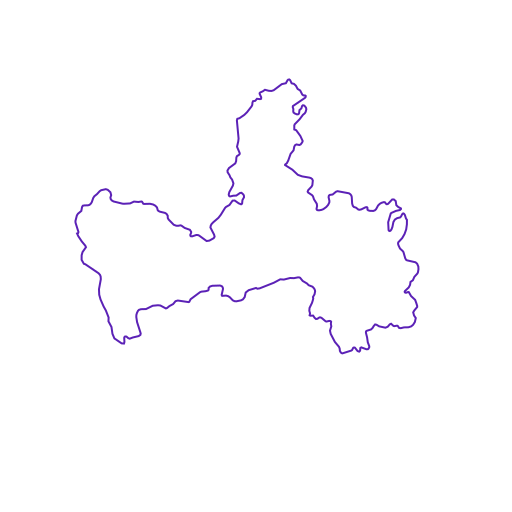 outline of Chongqing, rotated 221°
{"feature_id": "CHN-1154", "entity_name": "Chongqing", "entity_type": "Municipality", "adm_level": 1, "iso_a3": "CHN", "parent_name": "China", "parent_adm1": "", "projection": "mercator", "projection_center": [107.845, 30.195], "detail": "fine", "context": "isolated", "style": "outline", "palette": "violet", "viewbox_px": 512, "rotation_deg": 221, "n_neighbors": 0, "source": "natural_earth", "source_scale": "10m", "svg_char_len": 6158}
<svg xmlns="http://www.w3.org/2000/svg" viewBox="0 0 512 512"><g transform="rotate(221 256 256)"><path d="M261.5,210.8L263.2,210.4L264.0,209.9L269.4,204.9L270.7,202.8L270.8,200.8L269.6,199.4L269.6,198.4L271.0,196.3L273.8,193.3L274.5,192.0L277.0,180.5L276.3,177.6L276.6,177.0L285.8,171.1L287.1,169.1L287.0,165.4L288.5,161.4L289.0,158.4L289.6,157.3L295.7,155.9L297.7,154.5L301.3,150.7L304.2,143.8L307.9,140.4L309.0,138.6L309.1,137.2L308.5,134.9L307.6,133.0L306.3,131.4L302.4,128.1L293.3,122.6L292.2,121.9L291.5,120.6L292.0,118.6L295.5,113.7L297.1,110.7L298.6,110.2L300.9,110.2L302.0,109.4L302.1,108.6L301.8,107.8L298.9,104.8L298.2,103.3L300.1,101.9L308.8,100.9L313.3,103.1L318.5,107.6L324.5,109.9L326.9,112.9L333.6,116.4L337.8,117.9L344.8,121.2L348.9,123.9L352.7,127.9L357.9,136.7L359.8,138.6L361.3,139.4L363.5,139.7L379.4,137.8L380.8,137.2L385.1,138.7L388.1,142.2L389.5,145.2L390.1,151.1L391.6,151.8L397.1,152.7L403.2,154.4L405.8,155.6L405.3,156.5L405.7,157.6L414.0,162.7L415.2,163.9L417.8,169.1L418.1,171.1L417.4,175.4L419.4,178.8L419.7,180.3L418.8,181.5L416.0,184.1L415.2,185.4L415.0,187.3L415.3,189.0L416.9,193.0L417.2,195.0L416.6,198.4L416.5,202.3L416.0,204.1L413.2,207.9L411.3,208.7L407.7,208.6L405.2,206.9L404.3,204.7L403.1,203.7L401.4,203.3L399.3,203.7L391.1,207.9L389.9,208.8L385.5,213.1L383.8,217.0L380.2,219.6L378.2,222.0L377.6,222.2L375.4,221.5L374.7,221.8L370.2,225.9L367.4,227.4L365.0,227.9L362.6,227.7L360.2,226.1L359.2,226.0L357.6,226.4L353.0,228.8L351.2,229.1L349.1,228.5L347.5,226.8L345.9,226.2L338.6,225.6L336.1,226.5L334.6,227.7L333.1,229.6L332.2,230.0L328.2,230.4L323.1,232.4L320.8,231.7L320.2,231.0L319.4,228.7L318.3,228.1L317.1,228.9L314.9,232.6L313.6,233.7L312.4,234.1L303.1,234.9L301.3,237.0L299.6,241.7L299.9,243.4L301.6,244.6L309.1,247.6L310.1,249.3L310.5,251.0L310.4,253.3L309.4,260.1L309.6,264.0L310.9,272.0L310.8,273.4L309.5,277.1L310.0,282.4L308.5,283.9L303.6,284.4L301.2,285.2L300.9,285.7L301.0,286.6L302.9,289.3L303.6,292.5L304.7,293.6L305.8,294.1L308.4,294.2L309.4,293.1L310.5,288.7L312.7,286.6L314.5,284.1L315.1,283.7L316.0,283.8L317.0,284.6L318.1,286.8L319.6,293.9L320.7,296.0L324.2,298.0L326.9,298.5L329.0,299.6L332.4,300.6L333.6,301.8L334.1,304.7L332.4,312.3L333.2,314.5L335.4,317.4L335.9,318.8L335.2,321.2L335.2,322.1L335.7,322.9L342.0,326.0L344.5,330.7L346.2,333.2L359.4,345.8L360.1,347.3L358.9,349.1L357.4,354.9L357.1,358.6L357.5,366.0L358.0,367.7L359.3,369.4L359.8,370.9L358.4,372.6L358.4,375.3L355.9,377.0L355.3,378.0L356.2,379.2L359.7,380.8L360.1,381.3L360.1,382.2L358.9,384.8L358.3,387.3L354.7,389.1L352.6,390.7L351.4,392.7L349.3,402.6L346.8,406.0L347.5,409.3L347.4,410.2L346.7,411.1L345.6,411.1L342.4,409.7L340.3,410.8L337.6,410.7L334.2,409.4L331.2,409.9L327.0,408.2L325.6,408.3L324.2,409.4L323.4,409.4L322.8,408.4L322.8,407.4L326.5,393.4L326.0,392.5L324.2,391.4L322.9,389.7L321.8,388.9L320.2,389.0L317.9,389.8L317.0,390.9L317.2,392.1L318.9,394.6L318.6,397.2L319.6,399.3L319.5,400.5L318.6,401.1L317.2,401.1L315.5,400.7L314.3,399.8L313.1,397.4L312.8,395.7L313.2,393.4L312.8,387.8L313.2,380.9L312.8,379.7L310.1,376.6L308.2,377.3L301.3,375.7L296.2,373.4L295.7,372.1L295.5,369.5L296.1,368.2L298.7,366.7L299.2,365.3L298.9,363.7L297.0,360.4L296.9,355.8L294.3,349.2L293.6,346.2L294.0,344.1L293.7,343.7L285.2,345.0L277.7,344.7L273.5,346.3L267.1,350.2L265.7,350.8L264.0,350.9L262.6,350.2L260.0,346.5L259.6,344.9L259.8,339.9L259.2,338.4L258.4,338.1L253.5,338.7L252.1,338.4L249.4,336.8L244.4,335.3L242.7,333.8L241.2,331.2L240.3,330.8L239.7,330.9L238.4,331.8L236.8,333.8L235.9,335.6L235.1,339.1L235.1,341.9L235.8,344.5L236.7,345.7L239.8,348.0L240.6,349.4L240.4,350.5L238.5,352.7L237.8,357.0L237.0,358.4L227.0,364.3L225.2,364.5L223.8,364.2L222.5,363.4L217.9,358.7L215.9,357.4L214.3,357.2L212.2,358.1L209.2,358.2L208.2,358.8L207.1,360.3L205.3,364.6L204.4,365.6L203.5,365.5L202.3,364.1L201.2,364.1L199.7,364.8L197.0,367.0L196.2,368.6L196.1,370.2L197.0,374.2L196.8,376.6L196.2,378.4L194.9,380.5L194.0,381.1L192.0,380.7L191.2,380.9L190.6,381.8L190.5,383.1L190.3,388.0L189.1,389.1L186.6,389.1L183.4,386.4L180.9,386.3L177.8,387.0L177.4,386.6L177.5,385.2L180.0,381.8L182.1,377.3L182.2,376.5L178.4,368.2L172.9,362.5L172.1,362.3L171.4,362.6L171.1,363.4L171.2,364.9L172.1,367.4L174.6,371.8L175.1,374.6L174.3,377.2L172.5,379.7L172.5,381.1L173.1,383.5L172.9,384.7L172.0,385.0L170.5,384.6L167.4,382.7L165.8,382.3L162.9,378.9L160.1,374.6L158.3,370.0L157.4,365.4L157.6,359.6L156.8,358.4L155.4,357.5L152.2,356.1L148.6,356.0L147.3,355.7L141.9,352.2L140.2,351.6L139.2,351.8L131.5,355.9L129.3,355.9L126.5,354.5L124.7,352.6L123.1,350.0L122.7,348.7L122.8,344.2L121.7,340.6L122.4,337.8L120.8,335.3L120.1,332.5L120.6,327.3L120.4,326.6L119.8,326.2L118.7,326.6L117.5,328.7L117.0,329.0L112.7,327.5L107.1,327.3L103.9,325.5L101.5,324.0L100.9,323.2L100.8,318.7L100.4,316.6L97.7,314.8L94.7,314.0L92.8,310.4L92.3,307.2L92.7,304.7L94.2,302.2L97.5,299.2L99.4,296.5L100.8,295.6L103.1,296.2L103.8,296.0L105.7,293.7L106.4,293.4L109.6,293.5L110.2,292.2L110.2,289.0L111.3,286.8L116.9,283.7L119.9,283.2L121.2,282.5L121.2,280.3L120.8,278.2L121.0,276.0L123.1,272.6L123.5,271.8L123.4,271.1L122.7,270.2L118.7,267.4L115.0,264.2L111.3,262.2L110.6,261.3L110.3,259.8L110.4,259.1L111.4,258.1L116.6,256.1L116.9,255.0L115.3,252.8L115.4,251.5L117.0,250.9L121.2,251.7L122.0,251.3L122.4,250.5L121.8,248.1L122.0,247.2L126.9,239.2L127.8,238.8L129.0,238.9L130.4,239.4L132.1,241.0L133.8,241.9L140.1,242.9L148.5,246.2L151.2,248.2L153.0,252.3L155.0,253.9L156.2,255.7L157.0,255.8L158.1,255.1L159.8,252.8L160.6,252.4L166.0,252.3L167.5,251.7L168.1,250.5L168.4,249.0L169.4,247.8L171.2,247.8L173.8,248.5L175.8,246.6L176.6,246.4L177.6,248.2L179.8,249.6L181.5,251.9L183.0,257.4L184.0,259.7L185.0,261.6L186.1,262.4L186.7,265.5L188.2,268.1L189.0,268.8L190.7,269.6L193.2,269.9L197.1,268.5L199.5,268.7L204.4,267.8L208.4,268.5L209.3,268.2L210.3,267.4L212.8,264.2L215.8,261.8L219.5,256.5L222.4,254.3L225.0,247.5L232.0,234.0L233.5,232.2L235.0,231.9L239.1,225.4L239.8,221.7L237.6,217.6L237.4,214.7L238.2,212.7L241.1,208.9L242.6,207.8L244.5,207.3L248.7,207.7L250.7,207.4L252.6,206.5L255.4,203.7L256.4,204.1L259.3,209.5L260.1,210.2L261.5,210.8Z" fill="none" stroke="#5b21b6" stroke-width="2"/></g></svg>